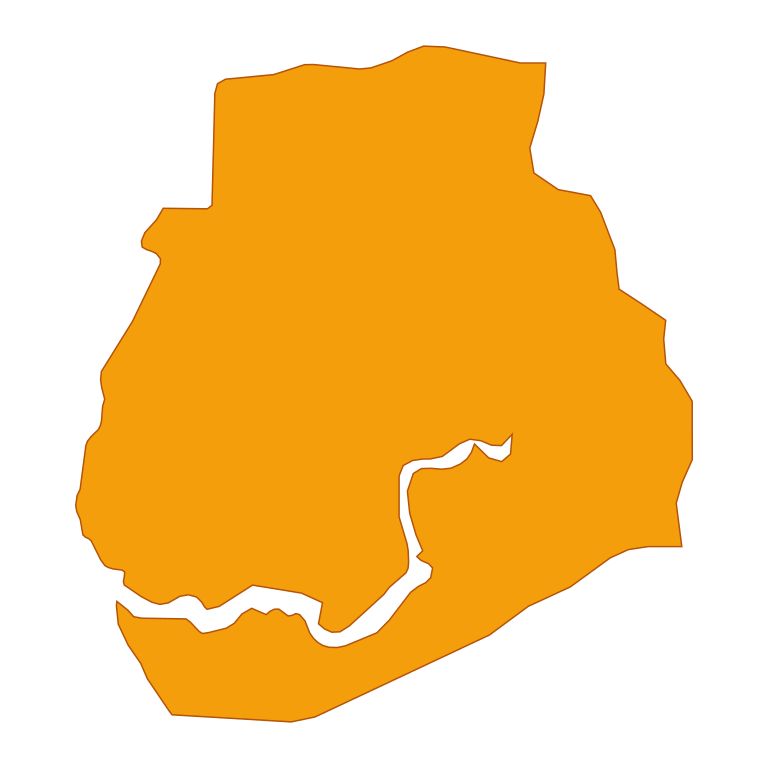 the Region of Sédhiou
{"feature_id": "SEN-5514", "entity_name": "Sédhiou", "entity_type": "Region", "adm_level": 1, "iso_a3": "SEN", "parent_name": "Senegal", "parent_adm1": "", "projection": "albers", "projection_center": [-15.668, 12.909], "detail": "fine", "context": "isolated", "style": "filled", "palette": "amber", "viewbox_px": 768, "rotation_deg": 0, "n_neighbors": 0, "source": "natural_earth", "source_scale": "10m", "svg_char_len": 2408}
<svg xmlns="http://www.w3.org/2000/svg" viewBox="0 0 768 768"><path d="M681.8,546.6L648.1,546.6L628.3,549.6L610.3,557.8L570.3,586.9L528.3,606.3L491.6,633.4L489.6,634.9L315.1,716.9L291.3,721.9L172.0,714.8L171.9,714.6L168.9,710.6L147.4,678.8L140.8,663.5L128.2,645.2L118.3,624.3L116.4,605.7L116.9,601.4L127.9,610.2L133.7,616.7L141.7,618.2L186.0,618.9L190.2,622.0L199.2,631.5L202.5,633.5L208.6,632.6L226.3,628.2L234.3,623.3L241.9,614.0L251.7,608.3L266.2,614.6L269.9,611.4L274.3,609.2L278.8,609.1L288.2,616.0L292.3,615.3L295.8,613.6L299.6,614.6L305.0,620.9L309.7,632.9L313.4,638.3L317.9,642.5L322.8,645.5L329.1,647.3L337.4,647.5L345.3,645.9L376.9,632.8L389.5,619.9L410.7,592.2L418.6,586.3L425.7,582.7L430.7,577.7L432.6,568.0L428.6,563.7L421.0,560.4L416.8,556.5L422.7,550.8L416.0,534.8L409.7,513.2L407.4,491.2L413.3,473.5L421.3,468.6L431.2,468.3L441.5,469.2L451.0,468.2L460.6,463.9L467.1,458.8L471.4,452.4L474.5,444.0L488.7,457.9L501.7,461.6L510.5,454.1L512.2,434.3L501.5,445.6L491.4,445.2L480.9,440.7L469.8,439.2L459.4,443.8L442.4,456.4L430.0,459.0L423.0,459.0L412.6,460.5L403.2,465.5L399.1,475.9L399.1,517.0L407.0,543.6L408.2,550.9L408.6,562.4L408.1,568.1L406.0,572.8L389.3,587.3L384.0,594.3L349.2,626.0L340.0,631.8L331.8,632.2L324.6,629.0L318.5,623.8L322.5,602.7L301.5,593.1L252.5,585.1L219.2,606.4L207.0,609.3L204.7,607.0L201.6,602.0L196.6,597.0L188.4,594.8L179.9,596.3L168.3,602.9L159.9,604.4L151.8,602.2L141.4,596.7L124.3,585.0L123.4,581.5L124.3,576.5L124.7,572.0L122.1,570.1L112.9,568.9L108.1,567.4L105.0,565.7L100.7,559.8L91.3,541.0L88.7,538.6L85.6,537.3L82.9,534.8L80.3,519.7L76.8,511.6L75.7,505.6L77.1,495.6L80.1,489.3L85.9,445.4L87.5,441.2L91.1,436.6L98.4,429.5L100.3,425.7L101.5,421.0L102.6,406.4L104.7,399.2L101.6,387.0L100.6,379.6L101.4,371.5L132.4,321.6L160.3,263.8L160.4,258.7L156.4,253.6L151.7,251.3L146.6,249.6L142.2,247.1L141.4,241.2L144.8,232.8L156.7,219.5L163.2,208.3L181.6,208.5L207.4,208.8L212.0,205.3L213.3,154.9L213.6,143.9L214.8,93.6L217.5,83.7L225.5,79.2L273.6,74.6L304.5,64.7L313.2,64.5L359.6,69.0L370.9,67.9L391.6,60.9L407.5,52.2L423.6,46.1L445.2,47.0L520.3,63.0L545.7,63.0L543.9,94.0L537.9,121.0L529.8,148.0L533.9,173.0L558.2,189.6L590.6,195.7L600.7,212.4L614.9,249.7L617.0,272.6L619.1,289.2L641.3,303.7L665.7,320.3L663.7,339.0L665.8,363.9L680.0,380.5L692.2,401.3L692.2,426.2L692.3,459.5L682.2,482.4L676.2,503.2L681.8,546.6Z" fill="#f59e0b" stroke="#b45309" stroke-width="1.5"/></svg>